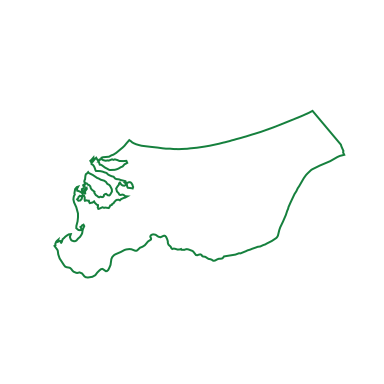 Rio Grande, Rio Grande do Sul, Brazil (orthographic projection), rotated 231°
{"feature_id": "56859067B90726041469305", "entity_name": "Rio Grande", "entity_type": "district", "adm_level": 2, "iso_a3": "BRA", "parent_name": "Brazil", "parent_adm1": "Rio Grande do Sul", "projection": "orthographic", "projection_center": [-52.29, -32.209], "detail": "fine", "context": "isolated", "style": "outline", "palette": "green", "viewbox_px": 384, "rotation_deg": 231, "n_neighbors": 0, "source": "geoboundaries", "source_scale": "gbopen_adm2", "svg_char_len": 6081}
<svg xmlns="http://www.w3.org/2000/svg" viewBox="0 0 384 384"><g transform="rotate(231 192 192)"><path d="M123.3,170.7L121.9,172.6L121.3,173.9L121.5,175.3L121.8,176.3L116.0,186.4L114.8,190.0L113.8,191.0L112.0,196.9L111.7,198.4L110.6,201.0L110.0,203.1L108.7,206.6L108.1,208.5L106.7,210.8L105.9,214.0L105.1,216.1L105.0,217.2L103.7,223.2L103.2,228.5L103.4,229.8L104.0,231.3L107.5,235.9L109.0,238.3L111.8,244.2L115.1,250.5L117.5,254.2L118.4,256.0L119.6,257.6L121.8,261.9L125.9,270.4L126.9,273.5L128.4,276.6L129.0,278.7L132.4,287.6L133.4,291.2L133.7,293.3L134.1,298.2L134.0,299.6L132.1,308.0L129.0,318.8L127.7,326.9L127.0,329.6L125.1,333.7L127.1,334.2L127.9,334.5L128.6,335.5L133.4,336.8L135.1,337.5L179.2,336.7L180.0,332.6L182.2,324.4L185.1,314.9L185.7,312.9L191.0,295.9L195.5,283.1L197.9,277.1L198.8,275.0L201.3,268.6L201.9,267.3L203.3,263.9L205.3,259.5L206.1,257.5L207.1,255.4L207.8,253.5L209.1,250.7L210.0,248.7L210.6,247.6L212.5,243.4L215.7,237.1L216.7,235.1L219.4,230.3L223.3,223.7L227.1,218.0L228.6,215.5L230.4,213.1L233.4,209.0L235.9,206.0L237.1,204.6L239.6,202.1L242.0,199.1L244.4,196.7L248.2,193.2L253.0,188.4L256.8,184.7L259.7,181.9L262.0,180.2L264.3,178.6L266.6,177.4L268.3,176.7L269.4,176.6L271.8,175.9L271.1,171.9L270.9,170.9L270.4,168.6L270.2,166.1L270.2,164.4L270.1,157.7L270.5,154.3L271.2,152.5L271.6,149.8L275.1,144.6L275.6,143.2L274.8,142.3L272.7,143.0L270.7,144.5L269.5,146.5L268.8,147.0L267.7,150.4L266.4,151.2L265.9,152.6L263.8,154.1L261.8,155.1L259.3,158.0L257.5,160.6L255.4,160.0L255.6,158.7L256.0,157.0L255.5,154.1L256.1,152.2L256.3,150.5L256.7,148.7L257.4,146.9L258.0,145.7L259.3,144.0L260.3,142.6L260.9,141.9L261.9,141.3L263.1,140.9L265.4,139.9L266.2,139.6L267.6,139.3L268.5,139.0L269.5,138.8L270.5,138.3L271.3,137.5L273.1,138.2L274.4,138.6L275.1,139.6L276.0,138.7L277.6,138.9L278.9,139.1L278.6,136.4L278.0,133.8L278.0,132.3L276.9,131.5L275.1,132.1L273.8,132.0L272.8,131.8L270.9,131.2L270.1,130.8L268.8,130.6L267.8,131.8L265.9,133.9L264.0,135.4L262.1,136.5L261.2,137.2L260.3,137.6L258.9,137.7L258.0,137.9L256.5,138.6L254.8,139.5L253.2,140.7L251.0,140.7L249.7,141.3L249.0,142.0L247.8,143.2L246.2,144.1L242.3,147.1L241.5,146.8L241.7,145.6L240.8,145.8L240.2,146.6L239.8,147.5L239.2,149.4L238.2,150.3L237.2,150.5L235.2,150.3L234.2,149.8L232.9,149.4L232.1,148.1L233.0,147.4L235.7,144.8L236.9,145.0L239.0,146.2L239.2,144.7L239.5,143.3L240.7,142.2L242.2,141.7L244.7,141.9L244.6,140.8L243.7,139.7L243.2,137.5L242.4,135.2L239.6,134.0L237.4,134.2L235.6,133.9L234.8,134.4L233.7,136.4L232.8,137.0L230.7,137.5L229.3,139.0L229.7,136.6L230.4,135.0L231.1,132.4L230.9,130.7L232.2,130.1L233.2,128.6L233.4,127.5L233.0,124.9L232.6,124.0L232.9,122.5L232.4,121.4L233.0,120.1L232.2,118.3L231.9,117.2L234.6,114.7L235.0,113.7L236.5,112.8L237.4,109.4L237.8,108.6L239.5,109.1L240.2,110.1L241.0,110.7L242.1,110.0L243.4,109.9L244.7,109.7L246.3,110.0L246.4,108.0L246.9,107.2L247.6,105.6L248.5,105.6L250.2,106.4L251.0,105.4L252.0,104.7L252.5,103.3L253.3,103.5L255.3,105.2L256.9,105.7L258.1,104.5L258.8,105.5L259.5,106.0L261.8,105.6L263.5,104.8L265.3,103.6L266.2,104.3L267.2,104.6L267.3,105.8L267.8,106.9L268.3,105.6L267.8,103.0L265.0,99.8L263.8,99.3L263.1,97.6L262.1,96.4L260.8,95.1L258.1,93.8L253.0,92.5L247.1,89.9L244.1,87.5L241.2,84.6L238.4,80.8L236.7,79.3L234.0,79.8L232.9,80.8L232.3,81.8L232.7,82.8L235.0,83.3L234.8,84.4L235.2,85.5L234.9,87.1L233.3,86.8L232.2,84.6L231.1,82.9L229.1,80.7L228.5,79.5L227.6,76.8L227.5,74.1L227.0,71.6L227.4,70.1L228.0,69.3L229.6,68.2L230.5,67.9L231.6,68.0L233.9,68.8L235.5,71.3L236.6,69.6L236.9,67.5L237.0,65.4L236.8,63.9L236.7,61.7L235.2,59.5L234.6,57.7L236.2,59.4L237.2,58.2L237.7,56.6L238.3,57.2L239.1,58.2L239.0,56.0L238.7,54.9L237.6,53.0L236.5,52.4L236.6,51.2L231.9,51.0L230.8,50.7L227.7,48.8L223.6,47.3L215.9,46.5L213.8,46.5L212.5,47.2L210.3,49.1L209.5,49.5L208.0,49.7L206.2,49.6L204.6,49.8L202.0,51.2L201.2,52.0L200.3,54.0L197.9,55.3L194.2,55.3L192.8,55.7L191.1,57.2L188.8,61.2L188.2,64.5L189.0,67.7L189.3,70.6L189.3,72.6L188.7,73.9L187.9,74.3L184.7,75.2L184.1,76.0L184.1,77.8L185.3,80.4L186.6,82.8L190.6,87.1L191.6,89.0L192.0,91.5L191.8,93.2L190.2,98.9L189.4,103.1L188.7,104.8L187.0,107.5L185.6,108.9L182.1,110.9L181.4,111.7L181.1,112.6L181.4,116.5L180.6,119.1L180.3,121.8L180.8,124.5L181.2,126.4L181.2,127.5L181.0,128.7L180.9,130.2L181.8,131.1L182.9,131.2L183.8,131.7L184.2,132.8L184.0,134.2L183.5,135.2L182.3,136.3L181.6,136.8L180.7,137.1L179.4,137.4L178.3,137.8L176.7,139.0L176.3,140.4L175.9,142.1L175.5,143.0L174.7,143.5L173.4,143.6L171.3,143.1L169.9,142.6L168.8,142.1L167.8,141.3L166.9,140.9L165.9,140.6L164.8,140.7L163.7,140.9L162.9,141.0L161.3,140.6L160.1,140.8L159.8,141.8L158.8,142.9L156.3,144.6L155.6,145.5L155.0,146.5L154.6,147.6L153.8,147.4L151.9,149.6L151.6,150.5L151.1,151.7L150.1,152.7L149.4,153.2L146.2,155.1L145.0,155.5L140.6,155.4L139.6,156.2L139.0,157.9L138.3,159.2L137.2,159.8L136.2,159.6L135.2,159.8L133.3,161.5L132.2,161.9L130.5,162.4L129.4,162.9L128.3,163.9L127.0,164.7L125.5,165.1L124.8,165.7L124.2,166.9L123.8,169.1L123.3,170.7ZM258.1,104.5L256.1,102.0L255.7,99.9L256.7,98.2L258.6,98.1L258.9,99.9L259.5,100.7L259.6,102.5L258.8,102.8L258.1,104.5ZM265.7,114.8L264.9,115.6L263.2,115.7L262.0,116.4L260.4,116.5L258.9,115.8L257.7,115.6L256.3,115.7L253.6,116.4L252.9,115.6L250.1,115.3L248.3,115.9L247.3,116.0L246.3,116.5L246.0,117.9L244.7,118.8L244.2,119.5L244.2,120.6L245.1,121.8L245.0,123.3L244.6,124.1L242.5,124.5L241.4,125.5L241.4,126.6L242.7,130.0L244.1,131.1L244.9,131.5L248.4,132.2L249.7,132.1L251.6,131.3L253.9,131.5L256.0,130.9L259.0,128.8L261.4,127.9L262.4,127.2L267.7,125.6L271.8,123.7L272.8,123.8L272.5,122.1L272.6,120.7L271.6,119.3L269.1,116.8L268.8,115.9L267.7,114.7L265.7,114.8ZM262.6,107.5L260.0,107.9L257.4,107.7L259.4,108.9L260.8,109.0L261.8,110.1L263.3,109.8L263.5,108.2L262.6,107.5ZM278.0,132.3L279.1,133.7L279.9,136.5L280.8,137.1L280.3,134.2L280.2,132.6L278.0,132.3ZM265.7,114.8L265.8,111.7L265.1,111.4L263.6,111.9L265.0,112.6L265.7,114.8ZM261.2,110.9L260.2,110.7L260.6,112.2L261.4,112.6L261.2,110.9ZM274.8,142.3L275.5,140.5L275.1,139.6L274.8,142.3Z" fill="none" stroke="#15803d" stroke-width="2"/></g></svg>